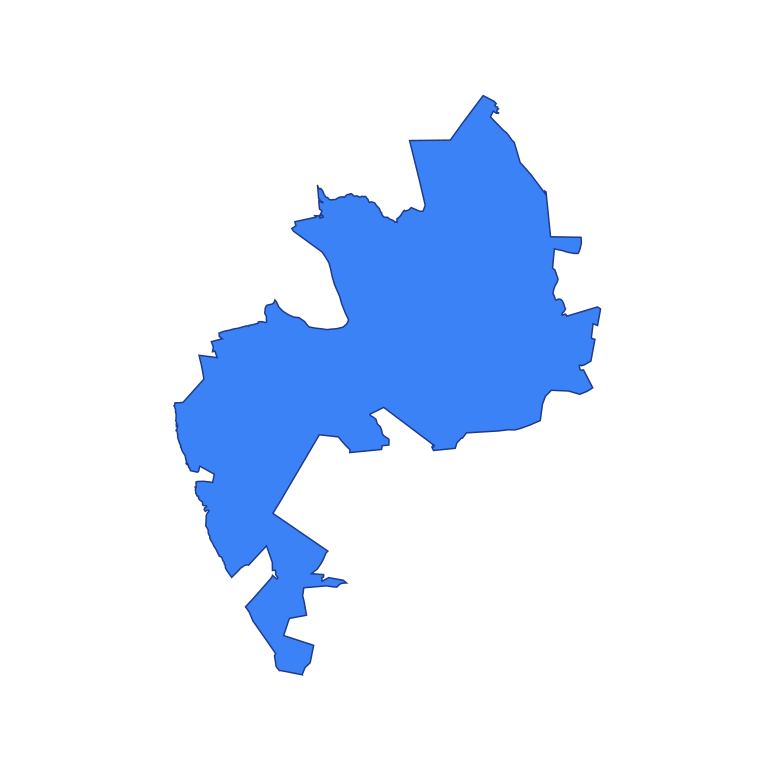 the district of Tzimol, Chiapas, Mexico, rotated 36°
{"feature_id": "50627088B1197816312521", "entity_name": "Tzimol", "entity_type": "district", "adm_level": 2, "iso_a3": "MEX", "parent_name": "Mexico", "parent_adm1": "Chiapas", "projection": "albers", "projection_center": [-92.266, 16.109], "detail": "fine", "context": "isolated", "style": "filled", "palette": "blue", "viewbox_px": 768, "rotation_deg": 36, "n_neighbors": 0, "source": "geoboundaries", "source_scale": "gbopen_adm2", "svg_char_len": 6155}
<svg xmlns="http://www.w3.org/2000/svg" viewBox="0 0 768 768"><g transform="rotate(36 384 384)"><path d="M438.0,561.8L436.4,554.5L436.8,552.2L370.2,554.0L369.1,540.6L361.5,463.1L378.2,453.6L383.3,455.0L389.5,456.3L395.2,457.2L396.6,459.6L420.5,438.4L418.8,435.0L423.8,430.5L421.6,427.2L420.5,425.9L419.6,425.7L415.7,426.0L414.2,425.9L412.8,425.6L411.7,425.1L409.4,422.9L406.1,420.7L402.9,420.4L401.8,420.1L398.2,417.2L394.0,417.2L391.5,417.5L390.4,416.6L397.5,403.1L460.4,404.2L459.5,405.0L461.1,405.8L459.8,406.9L463.1,408.7L479.4,394.2L477.6,388.8L478.4,382.2L479.3,381.8L479.4,375.1L504.3,354.6L511.3,348.1L517.1,344.0L520.4,339.9L526.2,331.4L531.9,321.7L524.0,307.0L521.8,299.0L523.1,290.7L537.4,281.2L548.4,277.3L552.6,270.6L555.1,264.4L537.1,255.3L535.0,257.3L534.7,257.3L533.7,256.7L531.2,254.4L532.0,253.1L533.1,253.1L535.0,250.5L537.9,243.8L528.4,223.9L525.2,225.0L524.1,223.9L517.7,212.3L522.4,211.2L515.1,196.0L511.4,196.2L492.0,221.7L490.4,220.8L489.8,220.8L489.2,221.2L488.2,223.3L487.2,223.4L486.8,222.4L486.7,221.0L487.0,220.2L487.0,218.3L486.7,216.5L484.4,215.2L483.0,214.0L481.3,212.9L479.0,211.8L477.8,211.7L476.5,211.9L475.2,212.9L474.6,213.6L474.2,214.8L473.0,215.0L470.1,212.8L467.5,211.4L466.9,210.4L465.2,206.2L464.6,203.4L464.4,201.0L464.1,199.3L463.2,197.0L461.9,195.8L460.9,195.3L455.4,191.3L452.3,191.2L442.4,174.6L451.3,170.6L452.7,170.4L455.1,169.3L456.0,169.1L459.1,167.5L460.8,166.8L464.3,164.3L463.8,161.5L463.1,159.2L460.8,153.9L457.2,149.5L432.2,167.0L402.2,133.4L400.8,133.4L402.1,135.1L378.6,127.9L377.3,127.8L373.5,126.8L364.0,124.8L347.4,112.0L344.4,111.6L339.1,109.8L335.5,108.8L331.1,108.5L313.2,105.4L312.0,99.1L315.7,98.9L317.4,97.8L317.3,97.3L315.4,97.7L315.0,97.4L314.6,96.1L314.9,94.3L314.1,94.6L313.2,93.2L310.8,94.0L309.6,92.6L310.1,91.3L307.0,90.6L294.7,92.4L294.2,126.5L294.3,147.7L261.6,172.0L293.4,198.8L312.3,215.2L314.0,221.2L311.5,223.2L302.3,225.3L301.7,228.6L301.5,228.9L299.8,231.4L299.5,231.6L299.2,231.4L298.5,231.4L298.2,232.2L298.3,236.6L298.5,237.0L298.3,238.5L298.5,238.8L297.4,242.8L299.5,245.4L298.6,245.5L297.9,246.6L297.6,246.3L294.6,246.4L292.0,247.2L288.8,247.1L287.5,248.1L285.5,249.0L282.6,248.1L281.4,246.9L280.2,246.7L279.2,246.2L277.1,244.8L273.1,244.1L270.2,243.0L268.9,243.2L266.7,244.1L266.0,244.8L265.5,245.7L264.7,245.6L262.5,244.1L260.9,243.8L259.9,243.3L258.8,243.1L257.2,244.5L255.8,245.0L255.4,246.2L254.1,247.2L251.7,247.6L250.5,248.6L250.0,249.4L249.6,249.6L246.0,249.2L244.8,249.9L244.7,251.0L243.3,251.9L242.4,253.8L242.4,255.5L242.2,256.3L241.9,256.5L241.5,256.3L240.9,256.6L238.6,258.5L236.8,261.6L236.8,262.3L235.6,264.1L235.2,264.2L234.1,264.9L233.4,265.9L231.2,266.9L228.7,266.3L227.6,266.9L227.0,267.0L225.9,266.6L225.3,266.2L224.2,266.1L223.2,265.2L220.3,263.5L219.0,263.5L218.0,263.0L217.4,264.2L215.9,263.7L216.6,264.3L216.3,264.2L212.9,262.1L213.7,262.6L222.4,272.7L223.5,272.4L224.3,273.6L227.5,272.8L227.9,273.3L223.8,274.4L229.0,280.4L232.0,280.4L232.8,283.8L235.9,284.0L236.8,284.7L234.6,287.4L233.2,286.3L234.9,284.3L233.5,284.3L231.8,286.8L229.1,288.5L230.9,289.0L216.5,305.1L219.8,307.9L218.0,312.4L220.6,313.5L223.7,313.6L256.2,313.6L262.4,315.8L268.3,318.4L273.1,322.2L278.7,327.3L285.6,332.7L296.8,339.3L302.4,343.8L311.0,349.3L317.0,352.5L317.9,353.6L318.6,357.1L317.5,362.0L313.0,367.3L309.2,370.5L305.8,373.6L301.1,376.0L295.4,379.3L289.7,381.9L287.8,381.6L282.8,380.1L276.2,380.3L271.4,383.0L265.5,384.2L259.2,384.5L253.8,383.6L248.8,380.8L246.4,380.2L247.1,382.4L247.0,383.9L246.5,385.1L243.3,388.7L242.9,389.4L242.9,390.6L243.4,392.7L244.5,394.2L245.6,396.5L246.6,397.2L249.1,398.4L251.2,401.3L252.6,402.8L252.3,403.7L248.4,405.4L247.4,406.3L246.7,406.6L245.8,407.8L246.4,408.9L242.8,413.3L240.3,416.0L240.7,416.9L240.0,417.3L238.9,417.5L237.3,419.4L233.4,424.4L230.0,427.9L228.8,429.3L228.0,430.5L223.4,435.6L220.6,439.8L222.9,442.4L226.6,442.5L219.4,451.2L224.2,454.4L226.3,458.7L227.9,456.8L233.5,460.7L217.5,469.5L226.4,477.1L235.4,485.9L232.2,517.0L228.3,520.4L226.0,522.1L227.0,524.1L226.8,524.9L228.9,526.1L230.5,527.4L231.4,528.4L231.8,529.3L233.2,530.2L234.6,532.0L236.7,535.2L237.1,536.2L239.3,537.3L239.5,537.6L239.3,538.0L239.4,538.6L240.2,538.7L240.3,539.5L241.1,540.6L241.4,540.5L241.7,539.4L243.0,541.9L243.1,542.3L242.8,542.8L243.1,543.7L243.3,543.5L243.7,543.7L245.2,544.5L247.9,547.6L248.6,548.6L254.0,552.5L255.6,553.1L255.9,553.5L256.1,554.2L256.8,554.7L257.3,554.8L258.5,555.7L260.1,556.6L260.6,557.1L265.7,559.0L266.0,559.7L267.4,560.9L267.7,561.3L268.9,562.1L269.4,562.7L270.2,563.1L270.6,564.7L271.5,565.0L272.0,564.9L272.0,564.3L271.5,563.8L271.8,563.7L272.1,564.1L273.1,564.3L273.5,565.1L274.8,565.7L275.0,566.3L276.7,566.6L278.4,567.9L284.9,565.0L285.3,563.6L283.7,559.9L283.4,558.7L299.7,556.7L303.2,564.3L295.6,568.5L290.6,572.3L289.5,573.8L292.7,577.9L291.8,578.5L293.1,579.4L293.8,580.8L294.7,581.4L296.0,583.1L296.9,583.3L298.2,584.3L298.8,584.5L299.8,583.8L301.1,585.4L302.7,586.1L306.7,586.2L308.0,588.1L308.4,588.4L309.0,588.5L309.9,588.3L310.6,587.6L311.8,586.9L312.7,587.7L311.8,589.5L312.1,590.9L312.5,591.5L314.5,592.0L315.0,590.1L316.3,589.2L316.9,589.3L317.2,590.0L316.9,591.7L317.4,594.7L323.3,603.6L327.2,605.2L330.0,608.4L331.7,609.2L332.3,609.2L333.8,611.2L335.6,612.2L339.5,613.8L341.5,615.1L343.8,615.9L345.7,616.7L351.7,620.0L352.1,620.1L353.7,619.6L355.1,619.9L357.5,621.7L359.7,622.3L360.7,623.6L361.2,623.8L362.4,623.9L363.1,625.3L364.0,626.1L366.0,627.1L374.4,630.0L375.9,621.1L376.2,617.6L377.9,612.5L380.2,610.2L380.9,610.2L384.1,584.0L398.5,594.0L403.3,600.4L405.6,598.6L407.0,599.9L408.3,601.8L412.0,603.1L412.0,604.8L406.3,604.4L406.7,605.6L406.8,607.6L404.3,634.2L402.9,645.7L409.1,647.8L417.2,652.7L454.7,665.7L455.2,668.3L462.9,676.0L467.8,677.4L468.6,676.7L488.8,667.3L488.6,667.2L486.8,659.8L488.1,652.9L480.7,636.8L450.7,646.5L445.2,629.3L457.2,616.6L447.7,607.4L442.3,602.8L442.0,601.8L438.9,596.0L456.1,581.1L460.1,579.1L465.2,576.1L465.8,572.5L466.5,570.7L468.3,568.9L470.6,567.0L466.4,566.7L453.0,573.2L449.8,580.0L447.5,577.1L448.5,575.8L448.1,574.8L447.2,573.7L436.8,580.1L438.8,572.9L438.6,566.3L438.0,561.8Z" fill="#3b82f6" stroke="#1e3a8a" stroke-width="1.5"/></g></svg>